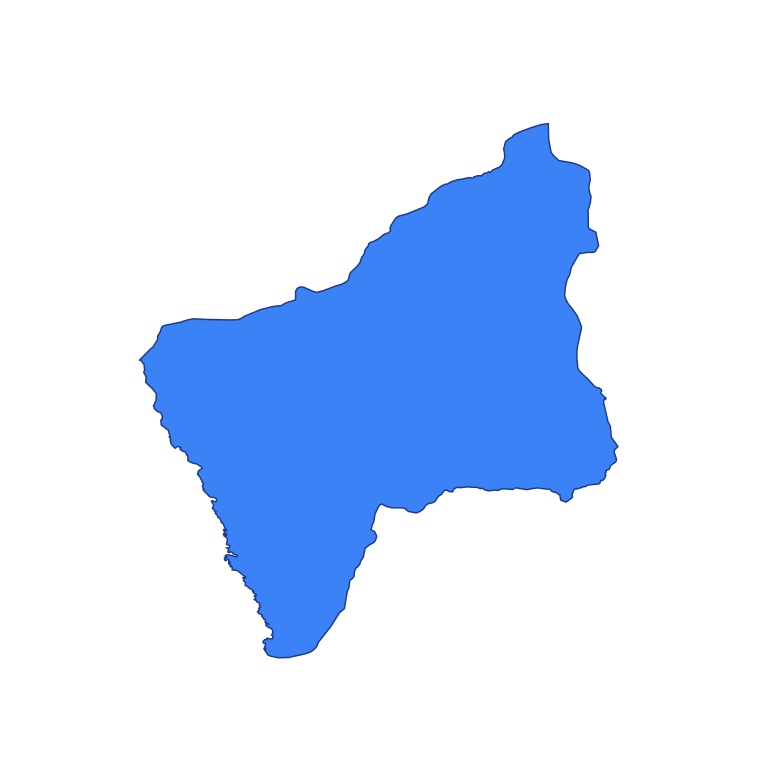 Khua, Phôngsali, Laos (Equal Earth projection), rotated 103°
{"feature_id": "54806243B94701864875759", "entity_name": "Khua", "entity_type": "district", "adm_level": 2, "iso_a3": "LAO", "parent_name": "Laos", "parent_adm1": "Phôngsali", "projection": "equal_earth", "projection_center": [102.473, 21.051], "detail": "fine", "context": "isolated", "style": "filled", "palette": "blue", "viewbox_px": 768, "rotation_deg": 103, "n_neighbors": 0, "source": "geoboundaries", "source_scale": "gbopen_adm2", "svg_char_len": 6168}
<svg xmlns="http://www.w3.org/2000/svg" viewBox="0 0 768 768"><g transform="rotate(103 384 384)"><path d="M93.4,282.5L95.7,288.8L100.9,297.9L108.2,309.0L112.3,313.8L114.6,314.6L117.5,317.8L120.5,320.0L128.1,320.3L131.1,318.8L135.7,317.4L138.1,317.3L140.3,318.0L143.0,318.1L146.5,320.0L150.7,325.9L153.2,327.7L154.1,327.9L153.6,330.0L155.0,330.6L156.2,333.8L159.4,336.0L159.7,338.5L160.5,340.5L161.2,341.2L161.8,342.9L163.4,343.6L163.7,347.4L167.3,355.2L168.4,358.2L172.0,364.3L174.6,366.8L176.1,370.1L178.6,373.0L187.9,380.7L192.4,382.1L198.4,382.0L201.8,384.2L203.1,385.6L213.4,400.4L217.0,407.2L218.3,408.7L220.0,409.9L228.0,412.9L231.1,413.1L232.9,412.2L234.9,413.1L235.7,413.7L237.6,416.8L239.0,418.3L243.9,422.2L247.9,426.9L249.3,429.3L250.7,430.5L253.1,430.5L257.2,432.5L261.9,432.6L265.8,434.3L271.1,434.7L276.0,437.0L282.3,441.3L284.1,442.0L290.2,442.2L292.7,443.5L296.5,447.9L299.4,453.1L307.0,464.5L308.7,468.1L309.6,469.1L309.9,473.1L307.8,483.9L308.1,486.7L308.8,488.4L310.4,490.0L313.5,491.0L322.0,489.1L326.8,497.5L330.9,502.0L331.8,505.2L334.1,510.9L339.1,520.7L349.1,534.9L352.3,538.0L354.3,540.9L356.3,548.7L361.1,571.8L363.3,584.2L365.8,589.9L369.6,596.3L375.4,609.1L377.5,612.7L379.2,613.4L384.9,614.0L387.9,615.3L391.8,614.6L399.9,617.4L402.7,619.6L415.6,627.5L415.6,626.2L419.0,622.2L424.5,620.3L426.7,620.7L430.5,617.4L436.1,616.5L440.8,608.3L444.6,603.6L451.2,602.4L457.2,603.7L459.5,602.2L460.7,600.6L461.8,598.4L462.0,596.0L462.4,595.1L465.5,592.3L466.7,592.8L467.9,592.0L469.4,593.3L474.0,591.8L477.7,583.6L481.0,582.0L482.3,580.8L483.3,580.4L483.7,581.3L485.9,579.5L486.7,579.7L490.4,577.8L493.4,573.6L493.4,572.9L491.8,571.7L491.2,570.7L491.0,569.9L491.6,569.0L491.7,567.4L493.3,568.1L494.7,565.3L494.9,562.7L495.8,561.4L497.7,560.1L498.4,558.8L502.5,557.9L503.1,557.2L504.0,553.0L504.1,548.1L506.0,542.7L506.7,542.2L510.4,545.2L513.8,545.4L516.2,542.3L522.5,537.2L523.3,537.9L524.8,537.9L525.5,537.0L526.1,536.9L526.5,536.0L527.0,535.9L527.3,536.5L528.2,536.0L532.7,529.0L533.2,527.7L532.8,524.1L533.1,522.4L533.8,521.3L535.5,520.7L536.7,522.1L536.4,525.3L537.2,525.7L539.9,523.0L541.4,522.7L543.7,523.3L544.2,522.9L544.2,521.8L544.8,520.9L545.8,520.9L546.4,518.8L547.4,519.4L548.1,519.2L549.0,517.1L551.1,516.2L551.8,514.1L553.2,512.4L555.1,511.7L555.6,511.1L556.1,509.5L560.5,506.3L561.8,504.8L562.4,504.4L562.6,504.9L561.8,506.8L561.9,507.6L562.5,507.6L563.1,506.3L565.3,506.2L565.4,504.3L566.0,503.4L566.8,503.6L567.1,504.3L566.4,505.3L566.2,506.1L566.5,506.6L568.0,505.6L568.9,503.1L569.8,502.2L571.2,501.5L575.6,501.5L576.0,500.8L576.0,498.9L576.4,497.9L576.9,497.6L578.4,498.3L579.2,500.3L579.8,498.4L580.6,497.9L582.2,498.5L583.0,498.2L583.2,497.3L582.6,496.2L582.0,496.0L582.2,493.5L583.4,492.9L583.9,488.6L584.6,488.2L585.4,488.6L585.7,489.6L585.3,495.1L586.0,499.1L586.9,500.0L588.1,498.3L588.8,498.3L588.7,500.0L589.3,500.4L590.9,499.8L591.8,499.0L591.7,498.2L590.2,497.1L590.0,496.1L590.4,495.6L592.2,495.3L591.9,494.5L592.1,494.1L593.1,495.1L593.8,495.0L593.8,494.0L594.6,494.2L595.0,492.3L595.5,492.1L596.4,492.8L596.6,492.1L596.3,491.1L597.3,490.4L599.3,490.2L598.8,486.4L599.0,484.3L603.5,475.1L604.0,475.2L604.3,477.7L604.6,477.9L605.2,476.5L607.2,476.8L608.4,474.4L611.6,473.9L611.7,471.5L612.0,470.9L612.8,470.6L614.7,464.8L615.2,464.5L615.7,465.2L617.1,463.9L617.5,461.6L618.0,461.1L618.5,461.2L619.2,462.4L620.0,462.6L620.8,460.9L622.2,461.2L623.0,462.0L623.5,461.3L623.5,460.1L625.0,458.7L625.0,457.0L625.5,456.3L626.2,455.7L627.6,455.8L629.3,454.3L630.7,455.6L631.4,455.3L631.7,454.6L634.5,456.0L634.6,455.1L635.8,454.4L636.3,451.1L636.7,450.6L637.6,451.0L638.1,450.6L638.9,448.7L640.0,448.5L640.7,446.7L641.6,445.9L642.7,446.3L643.2,445.9L643.2,443.9L643.8,442.7L644.1,444.7L644.4,445.0L646.1,444.5L647.4,440.6L647.8,438.5L648.6,437.4L651.6,436.3L653.9,437.1L654.4,435.7L657.1,435.2L658.0,437.2L657.9,440.5L658.3,441.0L659.4,440.8L659.9,442.7L662.0,443.9L663.4,443.4L663.6,443.0L663.2,441.6L663.6,441.2L665.0,440.9L667.1,441.1L668.8,439.5L669.3,439.6L668.8,441.4L669.2,441.4L674.1,436.1L674.6,433.4L674.5,425.4L672.0,415.6L665.6,402.1L663.0,397.3L660.8,394.4L656.2,391.0L653.6,390.2L650.7,390.0L632.5,381.4L616.5,375.8L611.8,372.1L594.2,373.1L590.2,372.4L584.1,373.1L583.0,372.9L579.9,370.6L578.4,370.0L574.2,370.5L570.1,370.2L568.2,368.6L565.1,367.1L561.3,366.8L557.6,365.3L548.3,365.4L544.5,362.4L540.4,357.9L536.5,356.9L533.8,356.9L530.0,359.9L528.9,363.9L523.4,363.7L520.5,363.0L512.9,363.5L506.5,362.2L502.5,360.8L501.5,359.2L502.8,353.9L502.8,348.3L500.7,339.2L500.4,336.2L502.7,331.6L502.3,323.5L500.1,320.2L496.7,317.3L493.2,316.3L490.6,313.9L489.2,310.6L486.9,307.8L481.6,306.0L478.5,303.2L474.0,301.2L473.3,299.1L474.1,296.8L473.9,294.0L473.5,292.8L470.2,292.2L469.7,291.1L469.0,290.6L468.3,289.5L467.9,286.5L465.6,280.0L463.8,270.0L464.2,266.1L463.7,265.5L463.5,264.4L464.5,262.0L464.5,257.7L462.3,251.9L462.2,249.8L461.6,247.9L460.2,246.9L459.1,243.7L457.8,234.8L456.2,233.4L455.5,232.0L454.8,221.0L452.0,214.6L450.7,210.9L449.8,201.4L449.1,199.1L449.7,197.6L450.7,196.7L451.1,195.1L451.0,192.0L452.8,187.6L457.4,185.7L458.1,180.0L452.9,175.4L451.9,174.9L449.0,176.0L447.3,175.4L445.9,175.5L443.4,174.5L442.9,172.7L441.0,169.1L439.2,166.5L438.6,164.6L436.6,162.6L433.2,152.7L432.4,151.5L429.6,151.1L428.2,148.7L426.0,147.7L423.2,147.3L421.3,148.3L419.6,147.7L418.3,148.2L416.6,145.5L412.1,144.6L407.7,140.6L405.1,140.5L398.5,144.5L396.3,144.5L392.3,142.0L384.7,150.6L374.4,153.9L370.1,157.4L352.1,166.1L349.3,166.0L349.2,164.7L347.8,164.5L346.1,168.0L344.2,170.6L343.3,171.0L341.9,170.5L340.7,170.7L339.5,173.5L339.7,175.9L338.7,178.7L333.5,186.2L327.9,195.8L325.1,198.7L316.4,201.6L308.7,203.4L304.6,203.9L285.0,204.2L282.9,205.0L274.1,211.1L269.1,216.7L264.7,222.3L261.4,225.2L258.8,227.2L255.9,228.2L248.4,229.1L241.1,229.1L235.3,227.7L228.3,227.8L213.0,223.1L210.2,215.8L208.7,209.9L207.5,208.1L201.1,206.0L188.5,211.7L186.6,219.2L184.8,220.3L168.9,224.2L160.2,223.8L154.7,224.5L151.2,226.7L146.1,228.8L138.5,229.0L131.3,231.5L129.8,232.9L127.4,241.0L126.4,246.2L126.3,252.5L127.0,263.8L123.5,269.9L120.8,273.2L108.7,278.6L93.4,282.5Z" fill="#3b82f6" stroke="#1e3a8a" stroke-width="1.5"/></g></svg>